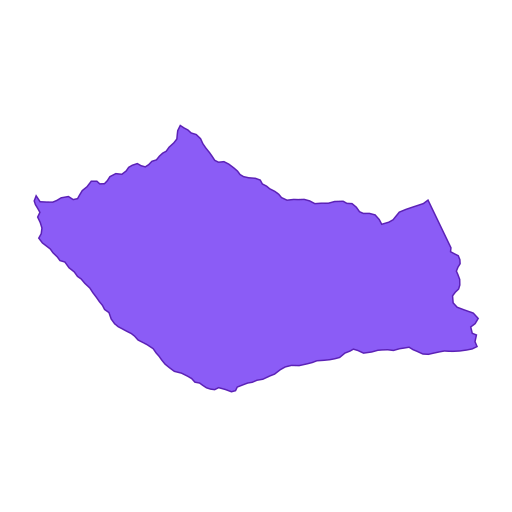 the district of Nova Lima, Minas Gerais, Brazil, rotated 267°
{"feature_id": "56859067B74698489529361", "entity_name": "Nova Lima", "entity_type": "district", "adm_level": 2, "iso_a3": "BRA", "parent_name": "Brazil", "parent_adm1": "Minas Gerais", "projection": "natural_earth1", "projection_center": [-43.899, -20.076], "detail": "fine", "context": "isolated", "style": "filled", "palette": "violet", "viewbox_px": 512, "rotation_deg": 267, "n_neighbors": 0, "source": "geoboundaries", "source_scale": "gbopen_adm2", "svg_char_len": 2749}
<svg xmlns="http://www.w3.org/2000/svg" viewBox="0 0 512 512"><g transform="rotate(267 256 256)"><path d="M122.6,228.5L126.1,230.4L128.2,236.7L129.6,241.1L130.1,245.6L131.9,250.5L132.6,256.4L135.4,263.3L137.1,268.4L141.2,274.3L143.7,279.4L144.9,285.6L144.3,293.4L145.7,301.7L146.7,306.7L148.2,311.3L148.3,318.2L148.6,324.3L149.3,329.4L150.3,334.2L154.4,339.7L156.1,344.8L157.9,348.4L156.3,352.8L153.4,358.3L154.1,366.5L155.5,372.8L155.6,377.1L155.5,382.6L154.5,388.3L155.9,394.5L156.3,398.7L156.9,404.1L154.2,408.0L152.5,411.6L149.4,417.5L148.8,423.0L149.7,428.2L150.7,434.4L151.3,439.2L150.8,443.5L150.5,447.7L150.5,454.5L151.1,461.4L151.9,467.0L154.0,472.0L159.0,470.2L165.6,472.0L167.5,467.9L173.9,466.7L177.0,471.3L182.0,474.6L187.6,470.0L191.4,460.8L194.3,454.2L198.9,450.4L205.9,450.2L209.5,453.2L212.4,456.6L216.3,458.0L221.9,458.2L227.0,456.6L230.4,455.3L234.3,457.1L237.6,459.4L241.6,459.4L245.7,458.0L247.9,454.1L250.1,450.5L254.0,451.1L302.8,430.7L299.6,425.9L298.0,420.1L296.6,414.9L294.7,408.2L292.3,401.4L287.9,397.4L285.0,394.8L282.8,390.4L281.1,383.2L285.9,381.0L290.8,377.1L292.6,371.5L292.9,365.4L294.8,361.7L299.5,358.7L303.3,354.6L303.8,349.5L306.1,345.9L306.3,337.4L304.9,331.0L305.3,324.2L305.2,317.5L308.2,312.5L310.0,307.1L310.1,301.1L310.5,296.6L310.1,289.9L313.0,284.5L316.5,281.9L319.6,278.1L322.4,273.2L325.2,270.2L327.6,266.1L331.6,264.2L333.6,259.5L334.5,252.8L335.9,247.7L338.2,244.3L341.7,242.0L345.0,238.6L349.2,233.6L351.9,228.9L351.6,223.5L353.7,219.8L358.0,217.3L361.8,214.9L366.5,211.5L370.9,208.8L376.0,206.8L380.4,202.7L382.3,197.6L385.4,194.6L387.6,190.9L390.3,187.2L385.3,184.4L381.2,183.7L377.0,183.1L373.3,179.9L369.2,174.9L365.3,171.8L363.6,168.2L360.8,164.8L357.2,161.6L356.0,157.0L352.9,153.7L350.8,150.1L352.2,145.9L354.5,142.3L353.1,137.2L351.2,133.5L347.7,130.8L344.6,126.3L345.6,120.3L342.9,114.3L339.0,111.5L336.1,108.4L336.2,103.7L339.0,101.0L339.3,95.4L334.0,90.9L330.4,85.9L325.8,82.8L322.6,80.8L321.9,76.4L325.2,71.8L324.3,64.5L321.9,60.0L320.4,55.8L320.8,49.7L321.5,43.2L327.6,39.6L322.6,37.4L318.9,38.4L315.0,40.5L310.9,42.5L306.3,40.0L300.7,42.3L295.1,43.7L289.5,42.7L285.2,40.0L280.2,43.4L276.8,47.4L273.8,50.9L269.9,53.4L265.4,57.6L261.7,60.0L260.0,64.8L254.0,68.7L249.6,73.7L244.9,76.7L242.2,80.2L237.7,83.6L232.7,88.4L227.7,91.3L223.0,94.5L218.8,97.1L214.7,100.1L210.5,102.0L207.2,106.2L200.6,108.1L195.7,111.3L192.6,114.7L187.6,123.0L185.1,127.4L182.4,130.5L178.3,133.8L173.1,142.7L168.8,148.5L164.4,151.2L160.9,154.0L157.2,156.3L152.8,159.5L148.9,163.8L145.1,168.4L142.9,175.5L139.5,181.5L136.9,185.4L133.2,188.4L132.1,193.0L129.6,196.1L127.0,199.6L125.5,203.5L124.7,207.7L126.5,211.8L124.3,218.4L121.7,224.4L122.6,228.5Z" fill="#8b5cf6" stroke="#5b21b6" stroke-width="1.5"/></g></svg>